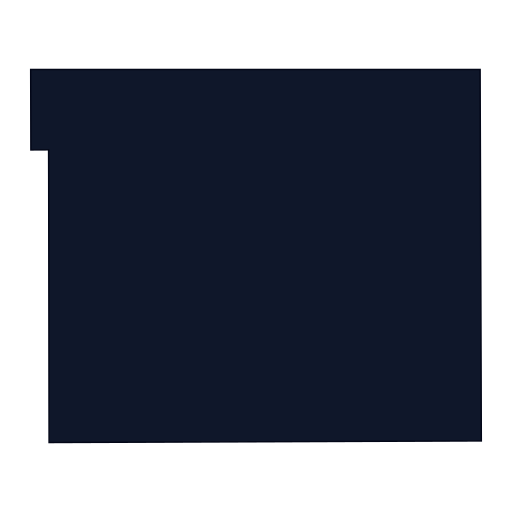 Chical Có, La Pampa, Argentina
{"feature_id": "61730980B98672472309924", "entity_name": "Chical Có", "entity_type": "district", "adm_level": 2, "iso_a3": "ARG", "parent_name": "Argentina", "parent_adm1": "La Pampa", "projection": "robinson", "projection_center": [-67.812, -36.401], "detail": "fine", "context": "isolated", "style": "filled", "palette": "ink", "viewbox_px": 512, "rotation_deg": 0, "n_neighbors": 0, "source": "geoboundaries", "source_scale": "gbopen_adm2", "svg_char_len": 354}
<svg xmlns="http://www.w3.org/2000/svg" viewBox="0 0 512 512"><path d="M480.1,69.5L456.0,69.5L453.6,69.5L41.1,69.5L30.7,69.5L30.9,149.9L31.0,149.9L48.6,149.8L48.7,180.4L48.9,313.4L49.0,394.3L49.0,396.7L49.1,442.5L49.6,442.5L270.6,441.7L481.3,440.9L481.2,408.2L481.1,372.9L480.1,69.5L480.1,69.5Z" fill="#0f172a" stroke="#020617" stroke-width="1.5"/></svg>